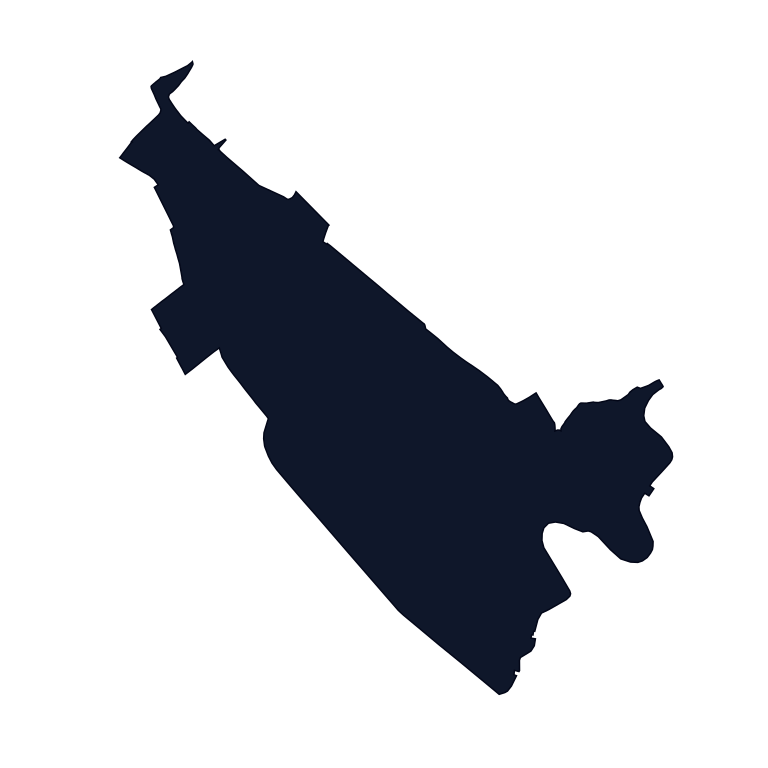 the district of Dobroesti, Ilfov, Romania, rotated 279°
{"feature_id": "2599482B22060634534240", "entity_name": "Dobroesti", "entity_type": "district", "adm_level": 2, "iso_a3": "ROU", "parent_name": "Romania", "parent_adm1": "Ilfov", "projection": "mercator", "projection_center": [26.199, 44.47], "detail": "fine", "context": "isolated", "style": "filled", "palette": "ink", "viewbox_px": 768, "rotation_deg": 279, "n_neighbors": 0, "source": "geoboundaries", "source_scale": "gbopen_adm2", "svg_char_len": 5339}
<svg xmlns="http://www.w3.org/2000/svg" viewBox="0 0 768 768"><g transform="rotate(279 384 384)"><path d="M651.8,115.5L651.7,115.5L650.2,114.8L649.9,114.5L649.8,114.4L649.3,114.0L648.8,113.5L647.8,112.6L646.9,111.7L645.9,110.9L645.2,110.3L644.2,109.4L643.2,108.6L642.0,107.6L641.4,107.4L641.2,107.5L640.4,107.7L639.4,108.1L633.7,111.9L630.0,114.1L628.4,115.2L623.8,118.4L623.3,118.7L621.4,120.1L620.7,120.6L619.3,120.8L616.9,120.5L614.5,119.3L609.9,115.8L608.5,114.7L605.0,112.0L602.6,110.1L601.8,109.4L592.8,102.7L590.1,100.7L586.2,98.0L583.6,96.5L583.4,97.2L583.2,96.9L580.9,95.6L576.4,93.2L571.0,90.2L570.9,90.2L566.8,88.0L566.1,87.6L565.0,90.2L564.1,92.2L562.3,96.6L560.6,100.9L559.5,103.7L556.4,111.3L555.0,115.1L554.9,115.6L553.9,118.1L553.6,119.1L553.4,119.6L552.6,121.0L550.3,125.1L548.4,126.9L546.6,128.7L545.4,129.9L542.3,126.4L541.9,126.7L516.2,145.0L511.5,148.3L507.8,151.0L506.1,151.7L505.3,151.4L504.2,150.3L502.8,148.9L500.5,150.0L499.5,150.4L498.7,150.8L496.2,152.0L493.0,153.2L490.1,154.3L486.5,156.0L484.4,156.9L481.8,158.2L479.8,159.2L475.5,161.1L471.3,163.1L468.8,164.0L465.6,165.1L461.0,166.7L458.1,167.7L456.4,168.1L453.6,169.4L451.0,170.8L449.8,169.7L448.3,168.2L439.3,159.7L433.7,154.5L431.2,152.0L424.0,145.3L421.2,142.7L404.1,155.3L402.9,154.2L396.4,160.8L383.9,171.1L378.1,175.9L377.2,175.1L369.2,181.1L368.1,182.0L366.9,182.9L364.0,185.0L362.4,186.2L368.8,192.3L382.2,204.4L389.4,211.1L393.9,215.7L390.8,217.2L389.0,218.1L387.1,219.0L385.1,219.9L382.5,222.1L380.1,224.1L376.2,227.4L372.6,231.0L369.5,234.2L364.6,239.6L362.1,242.3L358.5,246.0L355.7,249.0L349.1,256.2L347.5,257.9L345.4,260.0L344.0,261.6L342.2,263.7L336.8,269.8L333.9,273.1L333.4,273.6L332.1,274.8L331.8,275.2L328.6,274.7L317.1,273.1L311.2,273.7L304.3,275.7L303.0,276.3L294.7,281.1L288.3,285.8L282.7,291.3L272.1,303.6L261.2,316.4L254.8,324.0L247.6,332.7L240.6,341.1L214.2,372.3L174.9,419.0L168.2,427.0L162.6,433.6L158.7,439.5L150.5,453.3L135.3,478.7L121.3,502.8L99.7,539.3L95.5,546.3L98.1,551.6L100.0,554.0L105.6,557.1L116.6,560.5L117.1,557.9L121.6,557.6L121.1,562.3L122.1,562.7L132.3,561.0L135.2,561.5L143.2,570.9L149.0,573.4L156.0,573.4L156.0,568.9L159.4,569.0L159.4,570.4L163.3,570.4L163.3,571.6L175.5,572.8L182.4,575.4L186.8,581.8L199.6,597.8L203.6,600.8L206.0,601.1L208.6,599.9L220.9,589.8L247.3,567.5L254.1,564.5L261.1,563.6L266.9,564.4L272.2,568.2L274.5,574.9L274.4,583.5L271.0,594.8L269.1,603.5L270.8,608.7L270.4,611.8L266.8,619.5L255.8,633.5L248.3,645.2L246.7,655.3L247.5,662.6L249.7,666.9L253.8,671.1L258.7,673.7L262.5,675.0L266.0,675.0L270.6,674.4L284.1,666.1L292.1,660.1L299.0,655.8L302.6,655.0L307.0,655.3L311.7,656.2L316.9,658.6L315.0,663.2L322.8,666.9L325.0,662.4L329.2,664.3L342.6,673.3L350.9,678.7L354.2,680.1L357.2,680.4L361.2,679.3L366.6,675.1L375.1,666.3L382.3,654.1L387.8,647.6L393.3,645.5L401.0,645.3L409.1,647.8L415.6,651.1L421.2,656.3L423.0,658.6L425.0,660.1L426.0,659.5L428.5,657.3L431.1,655.1L430.0,653.2L429.0,651.7L427.5,649.8L425.9,647.9L424.0,645.6L422.3,642.6L419.8,638.0L420.5,634.6L417.3,630.7L414.5,628.2L411.8,626.9L409.6,624.7L405.4,620.4L404.0,617.5L404.0,615.3L403.8,612.8L403.8,610.7L403.4,608.7L402.1,606.2L400.3,601.5L399.2,598.6L399.0,596.8L398.8,594.9L398.9,593.6L396.7,586.9L396.0,581.5L395.1,580.3L393.8,579.5L390.7,578.0L388.9,576.5L386.9,575.1L384.4,573.8L382.5,573.0L378.8,570.8L376.4,569.5L375.1,568.8L374.0,568.6L371.8,567.5L369.9,566.5L367.6,565.8L365.4,566.1L365.9,564.4L365.7,562.7L364.3,560.2L365.2,560.2L368.3,559.6L370.4,559.1L370.7,559.0L372.3,558.4L374.2,556.4L380.4,551.2L383.7,548.5L390.5,542.7L394.7,539.1L397.3,537.0L399.0,535.6L397.5,533.9L393.7,529.7L389.4,524.3L387.9,522.2L386.2,519.7L384.8,517.6L384.7,516.0L385.8,513.0L386.1,511.9L387.0,510.0L388.0,508.8L389.5,508.1L390.2,507.1L391.1,505.9L392.3,504.6L393.4,503.4L394.7,502.4L397.4,499.9L400.5,496.5L402.9,492.4L403.9,490.8L407.3,485.0L412.0,476.2L414.9,470.1L418.9,461.4L421.8,455.6L426.2,447.4L430.4,440.4L437.3,430.0L441.5,422.7L444.3,417.7L444.5,417.3L444.6,417.2L444.7,416.8L444.8,416.6L448.6,415.1L449.7,414.2L450.0,413.5L451.3,411.2L459.7,396.7L470.0,379.6L474.1,372.7L479.3,364.3L486.2,352.7L497.2,334.3L512.0,309.6L513.9,306.0L513.0,305.8L515.0,301.4L518.5,301.8L524.2,302.7L531.1,304.1L531.4,304.1L532.3,304.8L560.2,267.0L558.5,266.5L556.7,265.9L553.8,264.3L552.2,262.2L551.6,261.1L551.4,260.8L551.4,260.0L551.5,259.2L553.2,255.5L560.2,230.6L560.6,229.3L571.9,211.8L583.4,193.1L587.9,186.3L588.7,185.3L589.5,184.6L589.6,183.7L592.0,184.5L600.2,189.7L600.9,188.8L592.8,179.0L597.4,173.5L598.3,172.1L599.4,170.2L602.4,165.3L605.9,159.7L606.5,158.9L607.0,158.4L607.7,157.5L609.9,154.2L612.5,150.5L611.0,149.6L611.3,149.1L611.9,148.3L612.7,147.2L613.9,145.6L614.6,144.7L616.4,142.3L617.2,141.3L618.4,140.0L618.9,139.5L619.3,139.1L619.6,138.8L619.8,138.5L620.5,137.9L620.9,137.4L622.0,136.2L622.9,135.3L624.3,133.9L628.5,130.0L629.7,129.0L631.4,127.4L633.3,126.4L634.5,126.2L635.4,126.5L635.8,126.2L636.7,126.7L637.6,127.4L638.3,128.1L639.7,129.5L642.0,131.2L642.6,131.6L645.8,133.8L646.5,134.3L650.8,136.5L653.3,138.2L654.7,139.2L655.5,139.6L658.0,140.8L660.2,141.8L661.8,142.4L664.5,143.5L666.7,144.4L667.7,144.6L668.2,144.9L669.2,145.1L670.0,145.3L670.4,145.2L672.5,144.3L671.6,143.7L667.7,140.2L664.9,136.3L659.0,128.2L653.8,120.4L652.8,118.0L651.8,115.5Z" fill="#0f172a" stroke="#020617" stroke-width="1.5"/></g></svg>